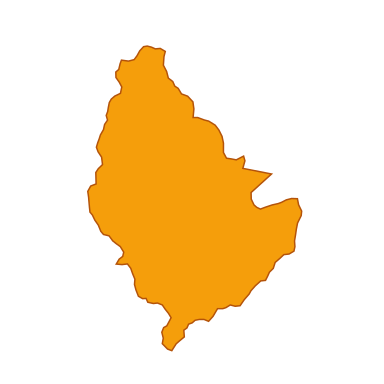 Campestre de Goiás, Goiás, Brazil, rotated 349°
{"feature_id": "56859067B36486008417996", "entity_name": "Campestre de Goiás", "entity_type": "district", "adm_level": 2, "iso_a3": "BRA", "parent_name": "Brazil", "parent_adm1": "Goiás", "projection": "robinson", "projection_center": [-49.702, -16.781], "detail": "fine", "context": "isolated", "style": "filled", "palette": "amber", "viewbox_px": 384, "rotation_deg": 349, "n_neighbors": 0, "source": "geoboundaries", "source_scale": "gbopen_adm2", "svg_char_len": 2070}
<svg xmlns="http://www.w3.org/2000/svg" viewBox="0 0 384 384"><g transform="rotate(349 192 192)"><path d="M192.6,48.9L188.2,45.0L183.3,44.5L179.9,42.1L175.9,40.2L172.2,40.1L167.6,43.5L164.1,47.7L160.5,51.0L154.7,51.4L147.9,49.1L145.9,52.4L143.5,57.7L140.1,59.7L139.2,65.1L141.5,70.2L143.1,75.5L140.6,81.5L134.5,83.1L130.5,85.4L127.9,88.4L126.0,93.0L124.6,96.9L122.4,100.5L122.8,105.3L119.1,109.0L117.0,113.9L113.0,118.5L111.0,122.2L108.9,125.6L106.7,129.8L107.5,134.7L109.9,140.5L109.4,148.0L104.5,151.2L101.3,154.5L100.3,160.4L99.4,165.8L93.7,166.8L89.8,171.5L89.5,177.4L88.8,183.8L88.4,187.6L88.0,192.3L89.8,195.5L91.3,201.2L93.7,206.6L95.0,213.2L97.0,216.8L102.2,219.2L104.9,224.9L107.8,228.3L111.2,231.9L113.5,238.0L111.7,242.0L107.7,244.0L103.9,248.3L109.4,249.9L114.9,250.3L117.3,255.2L118.1,260.7L119.3,266.7L117.9,271.8L118.3,277.4L119.5,284.1L123.2,287.3L126.6,287.7L127.6,291.8L132.8,294.1L136.9,294.4L141.3,297.2L143.4,302.1L145.7,306.5L147.5,311.4L144.8,314.8L141.7,318.6L138.3,319.7L135.6,323.9L135.9,330.0L133.9,335.2L138.0,341.5L141.9,343.9L147.5,338.0L151.6,335.6L156.8,332.8L157.6,326.1L161.1,324.5L163.4,321.1L167.2,320.5L170.6,318.5L175.0,318.5L179.5,319.4L183.6,322.1L188.9,318.1L194.8,311.4L199.9,312.4L203.2,312.0L208.0,310.2L212.6,312.4L217.5,312.8L222.7,307.7L228.6,303.1L231.0,300.2L236.2,296.2L242.5,292.4L247.3,292.8L250.3,288.9L252.7,285.5L257.2,282.5L260.2,277.0L265.3,274.1L270.2,271.0L275.5,271.4L280.8,269.5L282.6,265.3L283.3,259.6L285.4,254.0L287.3,248.5L289.7,242.6L294.7,236.0L296.0,231.7L294.2,224.9L294.2,218.7L288.6,217.4L283.1,217.7L278.0,219.2L274.5,219.8L268.2,220.0L261.3,220.9L255.9,221.8L252.6,219.4L250.4,216.5L248.8,210.3L249.9,203.8L273.5,189.5L246.4,178.5L249.9,171.5L249.5,166.6L241.6,168.9L236.9,167.0L232.3,165.4L230.4,159.2L232.2,150.1L232.1,143.1L230.2,136.3L227.5,130.8L221.9,125.6L217.9,123.7L211.8,120.0L207.3,119.1L209.7,110.8L210.1,103.7L206.0,97.1L200.4,93.7L198.2,87.6L195.3,84.8L194.2,79.9L190.5,75.7L190.1,68.9L188.1,62.1L190.3,53.8L192.6,48.9Z" fill="#f59e0b" stroke="#b45309" stroke-width="1.5"/></g></svg>